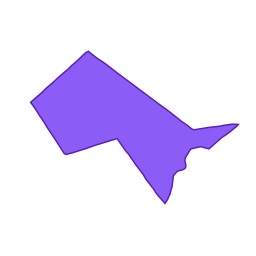 the district of Santa Cruz Verapaz, Alta Verapaz, Guatemala, rotated 294°
{"feature_id": "79465075B71576598572752", "entity_name": "Santa Cruz Verapaz", "entity_type": "district", "adm_level": 2, "iso_a3": "GTM", "parent_name": "Guatemala", "parent_adm1": "Alta Verapaz", "projection": "robinson", "projection_center": [-90.416, 15.333], "detail": "fine", "context": "isolated", "style": "filled", "palette": "violet", "viewbox_px": 256, "rotation_deg": 294, "n_neighbors": 0, "source": "geoboundaries", "source_scale": "gbopen_adm2", "svg_char_len": 1170}
<svg xmlns="http://www.w3.org/2000/svg" viewBox="0 0 256 256"><g transform="rotate(294 128 128)"><path d="M111.7,28.7L109.8,32.2L106.8,37.1L103.3,42.2L99.5,48.5L96.4,52.9L94.3,56.0L89.9,63.1L85.3,70.1L78.7,80.2L78.6,82.1L82.3,86.8L86.6,91.7L91.7,97.5L98.0,104.1L113.4,121.7L114.0,122.4L113.4,123.2L109.2,130.0L105.7,136.1L104.1,139.6L101.7,143.3L99.7,146.7L97.9,149.5L91.6,161.0L88.6,165.0L82.3,176.8L80.4,179.5L78.8,182.5L78.3,183.4L74.1,192.5L78.9,193.2L85.3,193.2L89.2,192.4L92.3,192.1L102.8,188.9L107.9,190.4L109.4,191.4L111.8,194.7L113.8,196.3L115.4,196.7L117.4,196.1L122.0,192.8L125.4,192.6L133.2,193.7L134.0,193.9L134.8,194.4L140.5,201.9L141.9,210.5L157.2,217.4L163.0,221.1L173.3,226.4L174.9,227.0L176.1,227.3L174.1,222.0L169.2,214.2L168.0,212.6L166.3,210.0L165.0,207.8L163.2,204.6L161.4,201.6L158.6,197.3L155.8,193.0L153.2,189.0L153.1,186.4L154.6,180.9L156.0,173.5L160.0,158.1L162.1,147.9L174.4,93.8L175.3,90.0L177.0,83.4L178.2,77.5L179.2,71.2L181.9,60.6L179.7,58.8L176.1,57.2L172.5,55.8L171.5,55.4L161.5,50.9L157.4,49.3L149.8,45.6L144.5,43.2L141.3,41.9L130.6,36.9L125.4,34.9L113.2,29.2L111.7,28.7Z" fill="#8b5cf6" stroke="#5b21b6" stroke-width="1.5"/></g></svg>